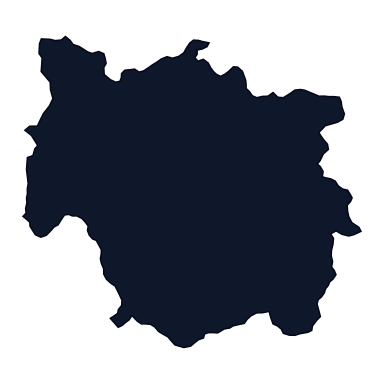 Laranja da Terra, Espírito Santo, Brazil
{"feature_id": "56859067B33263389973622", "entity_name": "Laranja da Terra", "entity_type": "district", "adm_level": 2, "iso_a3": "BRA", "parent_name": "Brazil", "parent_adm1": "Espírito Santo", "projection": "mercator", "projection_center": [-41.056, -19.874], "detail": "fine", "context": "isolated", "style": "filled", "palette": "ink", "viewbox_px": 384, "rotation_deg": 0, "n_neighbors": 0, "source": "geoboundaries", "source_scale": "gbopen_adm2", "svg_char_len": 3060}
<svg xmlns="http://www.w3.org/2000/svg" viewBox="0 0 384 384"><path d="M23.0,216.4L27.0,219.7L29.8,222.3L30.0,226.2L32.4,230.1L35.4,234.8L40.9,237.2L46.3,235.3L50.6,230.9L54.2,226.9L58.0,224.9L61.7,219.0L64.5,215.0L68.7,214.4L72.3,215.9L76.8,215.9L82.0,218.5L85.5,222.4L88.2,226.1L87.5,230.5L89.3,235.3L92.7,239.0L96.3,240.4L98.8,245.1L101.4,249.8L101.2,253.8L100.4,258.9L101.4,263.4L103.6,268.5L103.8,274.3L106.4,279.2L110.9,283.3L115.1,286.1L118.7,293.2L122.0,300.3L121.6,305.6L118.4,309.5L117.6,313.4L113.7,316.2L110.3,318.3L114.1,322.6L118.2,327.3L122.2,325.4L125.4,322.6L129.2,319.8L131.9,315.5L134.7,318.5L137.5,321.3L141.3,323.9L145.8,323.9L150.6,324.4L154.7,326.9L158.5,331.4L162.9,334.1L167.8,336.8L171.2,340.8L174.9,344.9L183.7,347.5L190.6,346.2L194.8,342.6L198.7,339.6L203.5,338.0L204.5,334.0L208.3,332.7L212.2,332.6L217.7,332.9L224.4,328.9L229.8,328.0L233.0,325.9L239.0,324.5L244.3,323.4L247.1,319.4L250.9,315.9L256.6,312.9L262.9,312.7L269.1,311.4L270.7,317.4L273.0,323.9L277.4,325.9L281.4,329.2L283.3,333.3L289.3,335.2L295.1,335.3L299.6,333.8L303.5,333.1L307.9,332.3L311.7,330.5L312.5,325.9L316.8,320.2L320.4,316.6L318.7,310.1L317.0,303.9L318.2,299.7L321.6,296.8L324.4,292.7L325.6,288.7L328.2,285.6L329.7,281.9L332.9,279.2L336.0,274.7L334.3,270.6L331.6,267.0L332.6,261.6L331.2,255.8L331.5,250.2L332.9,244.7L333.5,238.4L330.7,233.9L336.0,230.9L342.0,234.3L348.8,236.0L354.1,234.6L361.0,231.3L358.9,227.3L351.8,222.6L348.8,216.8L347.6,211.3L347.2,205.2L350.5,201.6L352.1,197.9L350.3,194.5L347.6,190.2L342.6,189.0L338.3,186.0L335.2,181.1L330.7,178.8L326.0,177.9L322.3,176.8L323.1,171.5L320.2,166.5L317.4,164.0L320.2,160.5L323.2,154.1L328.4,149.4L327.5,144.2L323.6,139.7L320.8,135.7L318.8,132.4L322.6,128.7L325.3,125.7L330.7,124.2L337.3,122.3L342.8,119.3L344.4,114.0L341.9,106.9L341.1,101.2L339.3,97.2L333.5,96.6L328.5,96.6L324.4,96.1L319.1,96.2L314.3,94.2L309.7,92.3L304.7,90.2L300.2,89.5L294.9,90.1L291.1,92.8L287.7,95.0L283.3,97.7L277.8,97.2L273.1,92.5L267.9,96.2L262.4,96.4L256.8,97.7L252.2,95.7L249.4,91.6L246.1,88.4L246.1,84.4L245.7,80.3L244.3,76.4L242.4,71.3L237.7,67.1L233.4,66.8L228.5,71.5L224.9,74.2L220.5,76.4L216.3,74.2L213.4,71.5L210.8,67.9L208.2,63.0L203.3,59.3L197.9,61.2L194.9,57.6L197.2,54.2L197.1,50.0L202.3,49.0L207.1,46.6L209.0,42.8L203.1,41.7L198.5,40.4L193.5,40.1L189.8,43.0L186.6,47.7L183.8,52.8L178.7,56.4L172.6,58.2L167.0,56.7L161.4,58.9L156.9,62.1L152.4,64.9L148.9,67.4L143.6,70.9L139.0,72.1L134.7,69.1L130.1,69.7L124.8,70.2L121.6,73.5L121.3,77.7L119.9,81.3L115.8,82.2L110.5,79.8L104.2,74.5L103.8,67.6L106.1,63.4L105.2,58.4L103.8,53.7L98.6,51.5L92.1,53.5L87.9,52.0L83.8,49.4L79.0,46.4L73.1,44.5L70.1,40.4L65.4,36.5L61.3,40.0L55.2,40.6L50.2,39.3L45.5,39.1L41.3,38.9L39.5,43.7L39.0,53.5L42.1,57.9L41.8,62.9L41.2,71.5L50.2,82.2L50.5,89.7L52.9,98.6L49.5,105.8L43.5,113.4L40.3,119.8L37.4,126.1L29.7,126.2L24.9,130.3L31.4,135.4L37.7,145.5L34.8,148.9L32.9,155.6L27.4,157.5L26.5,169.4L28.2,183.7L27.3,188.7L27.4,193.8L26.5,198.0L26.9,202.8L25.6,208.6L26.1,213.1L23.0,216.4Z" fill="#0f172a" stroke="#020617" stroke-width="1.5"/></svg>